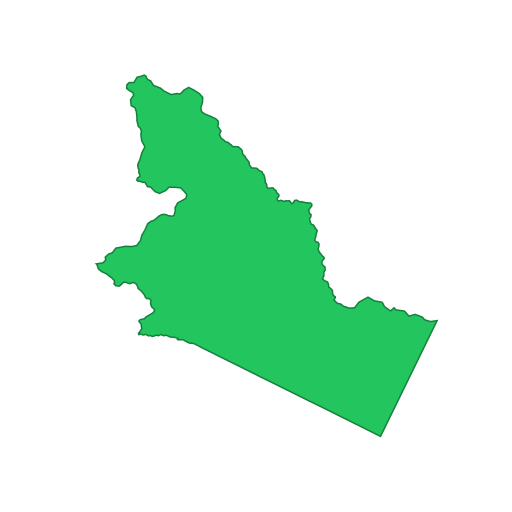 outline of Trinity, California, United States of America, rotated 296°
{"feature_id": "52423323B42866910888908", "entity_name": "Trinity", "entity_type": "district", "adm_level": 2, "iso_a3": "USA", "parent_name": "United States of America", "parent_adm1": "California", "projection": "orthographic", "projection_center": [-122.97, 40.671], "detail": "fine", "context": "isolated", "style": "filled", "palette": "green", "viewbox_px": 512, "rotation_deg": 296, "n_neighbors": 0, "source": "geoboundaries", "source_scale": "gbopen_adm2", "svg_char_len": 4596}
<svg xmlns="http://www.w3.org/2000/svg" viewBox="0 0 512 512"><g transform="rotate(296 256 256)"><path d="M249.7,362.1L249.8,361.7L249.7,360.8L249.6,359.5L249.7,358.9L249.6,358.6L249.6,358.3L249.3,357.8L249.1,356.8L250.0,353.4L249.3,350.5L249.4,348.7L250.1,347.2L250.5,345.5L252.2,345.4L253.0,345.6L254.1,345.1L254.1,344.3L254.9,342.1L256.6,340.9L258.7,339.7L259.6,337.2L259.8,335.2L262.3,333.6L264.0,331.7L263.9,328.2L264.6,325.9L266.4,325.7L268.1,325.7L271.1,324.1L273.7,324.4L276.5,322.7L276.9,320.4L277.9,318.6L280.4,317.6L282.7,318.1L283.5,318.5L284.3,317.9L284.7,317.4L285.6,314.3L286.6,313.0L286.6,312.4L286.8,311.9L287.3,311.6L287.7,310.6L289.6,308.7L292.3,308.3L294.5,307.3L295.5,305.6L295.1,303.9L295.6,302.1L296.8,301.6L298.3,301.5L299.6,301.2L302.6,300.4L305.7,299.9L306.7,297.8L309.0,294.2L308.9,291.4L310.7,289.7L312.1,288.2L313.5,287.9L315.1,288.1L317.3,287.4L317.8,285.4L320.3,283.3L322.5,283.5L325.3,284.2L326.9,283.6L327.6,281.9L327.0,280.6L326.2,278.4L325.8,277.7L325.6,276.6L325.1,274.9L324.9,273.2L323.9,272.2L323.9,269.8L324.1,268.2L322.9,266.4L321.0,266.2L319.9,266.2L318.7,265.2L319.1,264.3L319.9,263.1L320.3,261.6L319.8,260.9L319.0,259.8L319.1,259.3L318.8,258.5L318.4,258.2L317.5,257.7L317.4,256.8L317.2,256.2L317.1,255.7L317.1,255.2L317.0,254.0L315.8,252.8L315.3,252.0L315.9,250.5L316.6,250.0L317.6,249.8L318.5,250.3L320.0,250.3L321.1,249.7L321.5,248.5L322.1,246.6L323.6,245.3L324.1,242.7L324.7,241.5L324.1,240.2L322.9,238.5L322.1,236.8L323.3,235.1L324.5,234.6L325.8,233.2L325.8,232.6L326.5,231.7L327.8,231.3L328.6,230.5L329.5,230.1L330.8,229.1L332.8,227.0L332.7,226.4L333.2,225.6L334.3,224.6L334.3,223.1L334.2,221.1L335.0,219.4L335.1,217.8L334.1,215.6L333.2,213.3L334.0,212.1L335.1,210.1L337.3,208.6L338.7,205.8L339.6,203.8L340.7,202.7L341.3,201.0L341.3,200.0L342.7,198.7L344.4,197.5L345.1,196.6L345.5,195.8L345.8,194.4L346.4,192.2L345.7,190.5L344.1,187.1L345.1,184.7L345.3,182.5L345.9,181.5L345.6,179.6L345.3,178.6L346.0,176.4L346.4,174.5L346.4,173.3L346.8,172.9L347.7,171.6L348.8,170.3L349.3,169.6L349.9,169.9L353.0,169.7L354.3,167.3L355.9,164.7L358.2,164.3L360.7,162.8L361.7,159.7L361.6,153.5L361.2,147.7L361.9,143.8L365.0,141.4L370.5,140.6L375.2,138.6L377.2,133.8L377.9,127.5L378.0,121.6L373.5,118.5L368.7,117.0L367.5,115.1L367.6,114.0L363.9,109.0L363.9,101.4L365.0,96.6L364.4,89.1L367.3,84.3L367.1,82.1L368.0,79.5L369.4,78.3L369.6,76.1L368.0,74.9L364.6,70.8L358.4,70.2L356.2,65.9L353.3,64.9L349.8,66.4L349.1,70.0L348.9,73.7L346.5,75.8L344.1,75.0L341.3,74.8L336.4,78.0L336.3,82.2L333.1,85.3L328.5,88.2L325.5,89.6L320.8,93.5L320.2,96.0L317.8,98.4L315.0,99.1L309.5,102.7L305.4,108.3L298.7,108.2L291.2,109.5L287.9,109.5L285.9,109.8L283.5,111.4L281.9,113.2L279.5,114.1L278.5,115.6L277.1,116.8L275.6,116.2L274.3,115.3L272.7,115.4L271.8,115.7L271.5,117.3L272.3,118.9L272.5,121.7L273.5,124.1L271.9,126.4L270.8,128.0L271.7,131.1L269.6,137.0L269.9,141.8L275.3,146.2L279.7,147.6L282.3,153.2L284.2,158.5L282.5,163.3L280.8,166.9L277.1,167.7L274.1,165.7L269.4,162.3L263.9,162.1L261.3,163.6L257.7,164.3L256.8,164.5L255.0,163.3L254.4,161.3L253.7,159.0L253.8,157.3L253.0,154.7L251.5,152.8L249.0,151.1L245.5,149.7L242.9,148.3L241.1,146.3L237.6,144.5L230.9,144.8L224.6,144.3L219.2,145.4L213.1,144.2L210.1,140.3L207.4,134.2L204.5,130.5L201.7,126.6L195.8,125.4L193.2,122.7L188.8,121.0L186.7,122.7L182.8,121.5L180.1,117.6L178.9,115.9L178.6,116.8L175.3,120.0L174.3,124.2L174.4,129.3L173.0,136.1L171.9,139.3L169.6,140.8L168.7,140.5L167.8,143.2L169.1,146.5L174.5,148.6L175.5,151.3L175.4,153.2L175.7,154.1L176.1,155.1L178.4,157.1L178.5,160.2L177.0,162.7L175.0,164.5L174.5,167.5L173.0,171.0L171.6,173.5L170.4,174.6L169.8,176.7L171.0,178.7L170.0,181.1L167.7,181.7L166.5,182.5L164.5,184.5L163.6,187.9L162.4,188.7L160.1,188.5L155.4,185.5L152.8,183.7L150.8,183.3L148.0,179.8L146.1,179.3L145.1,181.1L144.4,182.7L141.9,184.2L141.1,185.2L136.6,184.7L135.0,184.2L134.0,185.4L135.3,186.2L135.5,189.2L137.2,191.3L137.1,194.4L138.1,195.7L138.3,198.2L138.9,198.9L141.2,201.3L141.7,203.5L143.7,204.7L143.8,207.8L145.5,210.3L145.5,214.1L146.8,217.6L147.5,219.6L147.7,221.8L146.7,221.8L146.5,223.0L147.1,223.7L148.8,227.4L148.6,229.8L148.5,232.3L148.5,234.2L149.5,236.8L150.1,238.6L149.8,249.6L149.7,265.6L149.6,277.9L149.5,293.2L149.3,314.9L149.2,337.5L149.0,366.4L149.0,386.5L148.8,403.9L148.7,419.7L148.6,431.3L148.5,440.2L148.4,447.0L277.3,447.1L273.6,441.6L272.6,435.6L274.0,432.3L273.3,424.7L269.0,419.8L271.6,413.6L268.9,405.3L270.0,402.8L265.6,401.0L266.8,393.7L269.7,389.8L267.6,382.0L268.1,374.7L259.5,368.7L252.6,367.3L249.7,362.1Z" fill="#22c55e" stroke="#15803d" stroke-width="1.5"/></g></svg>